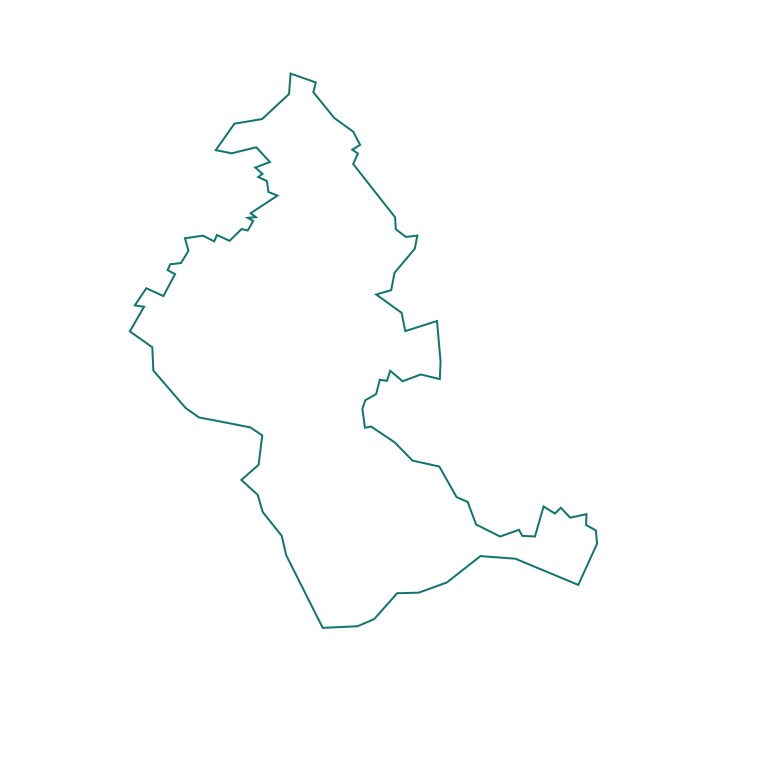 Brvenitsa, Brvenica, North Macedonia, rotated 24°
{"feature_id": "65306769B32864383387565", "entity_name": "Brvenitsa", "entity_type": "district", "adm_level": 2, "iso_a3": "MKD", "parent_name": "North Macedonia", "parent_adm1": "Brvenica", "projection": "robinson", "projection_center": [21.042, 41.888], "detail": "fine", "context": "isolated", "style": "outline", "palette": "teal", "viewbox_px": 768, "rotation_deg": 24, "n_neighbors": 0, "source": "geoboundaries", "source_scale": "gbopen_adm2", "svg_char_len": 1437}
<svg xmlns="http://www.w3.org/2000/svg" viewBox="0 0 768 768"><g transform="rotate(24 384 384)"><path d="M643.2,488.5L643.6,443.3L637.1,431.6L626.0,430.6L621.9,420.6L608.4,430.4L595.9,425.1L592.8,432.8L579.6,431.0L583.9,461.9L572.1,466.5L566.6,462.3L552.1,476.1L525.2,474.9L508.5,457.7L496.3,457.8L468.1,436.9L441.2,442.4L417.5,433.0L389.6,428.1L384.4,431.7L374.4,415.6L373.5,406.5L380.9,396.4L378.5,381.9L385.4,379.9L384.3,369.4L399.9,373.9L413.8,360.3L433.0,356.9L426.6,340.6L406.8,304.9L381.9,327.0L371.1,311.8L340.5,305.4L352.4,295.3L348.4,278.1L357.1,247.8L354.1,234.9L344.2,240.7L331.9,237.9L326.3,227.2L266.4,195.6L266.4,184.0L259.7,182.9L264.9,175.3L253.4,166.1L230.3,161.2L200.8,146.2L199.0,136.3L172.4,138.4L179.3,157.7L164.9,191.5L141.5,207.0L135.2,238.8L151.0,235.2L171.0,219.7L189.5,227.6L178.4,238.6L187.5,241.5L184.9,246.1L194.4,246.2L200.4,255.6L210.0,255.2L192.7,282.3L199.0,283.7L192.0,287.6L198.2,288.3L197.1,299.2L190.9,300.4L184.7,316.0L170.8,315.8L170.9,322.8L158.3,322.1L142.9,331.8L151.2,341.9L149.3,356.1L140.0,361.6L140.0,368.0L148.4,368.6L146.7,393.4L127.9,393.2L124.4,413.5L133.4,411.1L130.4,439.3L157.4,444.7L167.8,465.5L212.5,486.6L228.5,489.8L279.5,478.0L293.7,480.5L302.3,508.8L292.7,529.7L313.8,536.7L325.3,550.3L352.3,564.3L364.3,580.2L427.2,631.7L458.3,616.1L470.7,602.7L481.1,569.8L500.6,560.5L522.1,539.8L542.1,502.0L575.0,490.2L643.2,488.5Z" fill="none" stroke="#0f766e" stroke-width="2"/></g></svg>